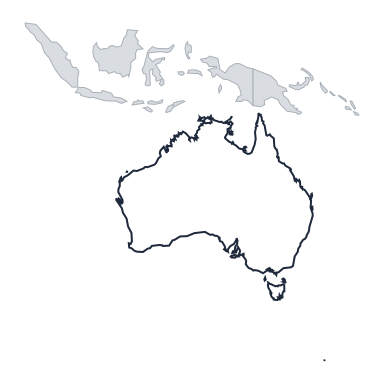 Australia highlighted, Robinson projection
{"feature_id": "AUS", "entity_name": "Australia", "entity_type": "country or territory", "adm_level": 0, "iso_a3": "AUS", "parent_name": "Oceania", "parent_adm1": "", "projection": "robinson", "projection_center": [137.073, -32.4], "detail": "fine", "context": "with_neighbors", "style": "outline", "palette": "slate", "viewbox_px": 384, "rotation_deg": 0, "n_neighbors": 4, "source": "natural_earth", "source_scale": "50m", "svg_char_len": 9963}
<svg xmlns="http://www.w3.org/2000/svg" viewBox="0 0 384 384"><path d="M252.8,68.7L270.7,75.8L276.8,81.5L277.6,84.9L285.9,88.4L287.1,91.3L282.5,92.0L283.6,95.7L288.0,99.4L291.2,105.4L294.0,105.2L293.8,107.7L297.6,108.7L296.1,109.8L301.4,112.1L300.8,113.8L297.5,114.2L296.3,112.7L287.0,111.2L280.4,104.5L277.8,99.6L271.4,97.1L264.1,100.6L264.7,104.7L260.8,106.7L252.9,105.5L252.8,68.7ZM308.8,72.3L312.7,76.5L313.3,79.4L311.7,80.9L309.6,75.4L304.6,71.1L301.0,69.5L302.4,68.1L308.8,72.3ZM304.1,87.0L298.8,89.7L296.1,89.7L289.2,86.5L289.6,84.7L294.1,85.5L296.8,85.1L297.6,82.4L298.3,82.2L298.8,85.2L301.6,84.8L305.8,80.9L305.3,77.5L308.3,77.4L309.3,78.4L309.2,81.5L307.5,84.9L304.9,85.4L304.1,87.0ZM321.3,84.2L327.5,90.9L326.8,92.5L325.4,93.1L323.3,90.9L321.1,87.3L320.1,83.0L320.8,82.5L321.3,84.2Z" fill="#d9dde1" stroke="#a8b0b8" stroke-width="1"/><path d="M252.8,68.7L252.9,105.5L248.5,100.9L243.4,99.7L242.2,101.3L235.9,101.5L238.0,96.9L241.2,95.3L239.9,89.2L237.5,84.5L227.8,79.7L223.7,79.2L216.2,74.0L214.8,76.7L212.8,77.2L211.7,75.2L211.7,72.7L207.9,69.9L213.2,67.9L216.8,68.0L216.4,66.5L209.1,66.5L207.1,63.1L202.6,62.1L200.5,59.3L207.3,57.9L209.8,56.1L217.8,58.4L220.0,69.6L225.2,73.0L229.3,67.0L235.1,63.6L239.5,63.6L247.4,67.6L252.8,68.7ZM173.1,104.2L173.7,107.0L170.5,111.3L166.2,112.5L165.6,111.8L168.2,106.5L173.1,104.2ZM219.0,92.9L218.5,88.7L220.4,84.7L221.5,86.4L221.5,89.1L219.0,92.9ZM137.6,30.6L134.7,35.7L138.4,41.1L137.5,43.7L143.1,48.9L137.1,49.6L135.5,53.4L135.7,58.5L130.9,62.4L130.8,68.0L128.9,76.7L128.2,74.6L122.5,77.2L120.5,73.7L117.0,73.4L114.5,71.6L108.6,73.6L106.7,70.9L99.4,70.6L98.6,63.0L96.1,61.4L93.6,56.6L92.9,51.6L93.5,46.4L96.5,42.7L97.3,46.4L100.7,49.6L104.0,48.5L107.1,48.9L110.1,46.0L112.5,45.5L117.2,47.1L121.2,45.9L123.8,38.1L125.8,36.1L127.5,29.7L137.6,30.6ZM194.8,69.8L200.3,71.5L202.1,75.8L197.9,73.5L187.5,73.2L188.7,70.1L194.8,69.8ZM182.4,75.4L178.9,74.4L178.0,71.9L183.0,71.7L184.3,73.5L182.4,75.4ZM187.6,41.7L188.0,44.8L190.9,45.3L191.4,47.6L191.1,52.5L188.6,52.0L187.8,55.4L189.9,58.4L188.5,59.1L186.4,55.5L185.0,48.3L186.0,43.8L187.6,41.7ZM156.4,48.3L168.4,48.8L173.3,44.7L174.2,46.0L170.2,51.6L166.4,52.7L161.6,51.6L149.0,52.7L148.3,56.9L152.7,61.9L155.4,59.4L164.7,57.5L164.3,60.1L162.1,59.2L160.0,62.6L155.6,64.7L160.3,72.0L159.4,73.9L163.9,80.4L163.9,84.2L161.3,85.8L159.3,83.8L161.7,79.2L156.8,81.4L155.6,79.8L156.2,77.6L152.6,74.3L152.9,68.8L149.6,70.5L150.3,85.2L147.2,86.0L145.0,84.4L146.4,79.2L145.6,73.7L143.5,73.7L142.0,69.8L144.0,66.1L147.2,53.1L148.2,50.8L152.5,46.6L156.4,48.3ZM149.9,111.9L143.3,108.0L147.9,106.9L152.3,110.3L152.0,111.8L149.9,111.9ZM155.0,102.2L158.3,101.8L162.8,99.7L162.1,102.8L154.6,104.4L148.0,103.8L147.9,101.7L151.9,100.5L155.0,102.2ZM139.7,101.2L142.8,100.8L144.0,103.2L132.2,105.0L133.8,101.8L136.6,101.7L137.9,99.7L139.7,101.2ZM90.9,90.3L91.6,92.3L101.2,92.8L102.2,90.5L111.5,93.2L113.4,96.9L120.8,97.9L127.0,101.3L121.3,103.4L115.8,101.1L106.2,100.9L92.1,97.2L90.0,97.9L80.9,95.5L80.0,93.1L75.4,92.7L78.7,87.3L84.8,87.6L90.9,90.3ZM70.1,60.1L71.0,64.1L72.7,67.2L76.4,67.7L78.9,71.3L77.7,78.3L77.6,87.0L72.1,87.2L67.8,82.4L61.3,77.8L55.4,69.8L49.0,57.7L44.6,53.0L41.4,43.7L36.9,40.1L34.3,35.3L30.6,32.1L25.5,25.9L25.1,23.0L36.0,24.4L51.6,42.1L56.6,42.2L60.8,46.1L63.6,50.8L67.4,53.4L65.4,58.0L68.3,60.0L70.1,60.1Z" fill="#d9dde1" stroke="#a8b0b8" stroke-width="1"/><path d="M173.1,104.2L173.6,102.9L177.9,101.6L182.9,100.7L184.8,101.4L173.7,107.0L173.1,104.2Z" fill="#d9dde1" stroke="#a8b0b8" stroke-width="1"/><path d="M357.5,113.2L358.9,115.1L355.4,115.1L353.6,111.6L357.5,113.2ZM355.5,108.2L354.7,109.3L351.1,104.4L350.1,101.0L351.8,101.0L355.5,108.2ZM351.3,109.8L346.3,109.3L345.3,108.4L345.7,106.2L348.9,107.1L351.3,109.8ZM345.4,99.3L346.8,102.2L338.4,95.9L339.1,95.3L345.4,99.3ZM330.1,91.3L335.0,95.5L334.0,95.8L331.9,94.5L329.9,92.2L330.1,91.3Z" fill="#d9dde1" stroke="#a8b0b8" stroke-width="1"/><path d="M263.5,121.5L263.1,123.5L264.6,125.4L266.3,135.0L267.3,135.7L269.8,134.4L270.7,135.8L273.8,138.4L274.4,146.7L276.0,149.3L276.7,149.5L277.7,153.6L277.2,157.2L278.7,158.8L278.9,161.2L282.6,163.5L284.0,163.4L285.5,165.7L290.5,168.6L291.0,169.7L290.1,170.2L293.7,175.9L294.8,180.7L295.4,180.5L296.1,181.4L296.4,179.2L298.9,181.4L299.3,180.3L300.0,181.5L300.3,186.5L301.7,188.3L305.0,190.2L310.0,197.6L310.0,199.1L311.1,200.6L310.6,207.6L312.6,213.5L312.7,215.9L309.5,226.6L308.8,231.5L306.8,235.0L306.3,237.2L304.8,239.0L303.1,239.8L300.4,243.7L300.3,245.6L298.2,248.8L297.8,251.7L294.7,256.4L293.0,265.9L290.9,267.3L283.4,268.2L278.5,272.3L275.5,272.7L276.0,273.6L276.6,273.3L276.3,275.0L275.2,273.4L274.2,273.6L273.5,272.3L271.7,271.6L272.4,270.8L272.2,269.9L271.3,269.9L269.7,271.4L268.6,270.5L269.5,270.5L270.5,269.1L269.5,268.0L267.2,269.3L268.4,269.7L263.1,273.2L258.2,270.7L254.8,270.1L253.4,270.6L251.5,269.0L248.6,268.0L245.8,264.3L246.2,261.0L245.6,259.4L242.1,254.9L243.6,255.1L243.6,253.8L240.0,255.3L238.4,255.1L240.0,251.8L239.9,250.3L238.0,247.0L236.1,252.5L232.3,253.0L232.9,251.2L234.7,251.2L235.2,246.9L237.3,243.6L236.9,241.5L237.6,240.9L236.6,238.0L236.6,239.4L234.0,243.9L230.2,246.2L227.7,249.8L228.0,251.6L227.2,250.9L226.5,251.3L224.0,249.3L224.5,248.8L225.6,249.3L224.5,245.8L222.1,241.8L220.1,241.3L219.1,239.0L219.7,238.9L219.7,237.8L217.0,235.9L214.9,235.8L212.7,234.5L210.1,234.8L205.0,231.9L194.5,233.1L186.9,236.2L180.2,236.4L174.8,239.7L172.4,240.5L169.2,245.6L162.8,246.0L162.3,245.3L159.2,245.0L151.9,245.9L150.1,248.1L147.6,248.7L142.9,252.0L136.5,251.6L134.0,250.5L131.8,248.4L129.2,247.5L128.8,243.3L130.6,244.0L131.9,241.5L131.5,233.0L128.1,226.6L126.6,218.6L122.9,212.6L122.0,208.5L117.6,201.9L118.3,202.2L118.4,201.3L119.7,204.0L120.9,203.7L120.9,202.7L118.5,199.2L118.7,198.6L120.1,199.9L120.2,201.6L120.8,200.9L121.6,202.7L122.1,203.1L122.6,202.5L122.5,200.0L118.3,192.0L118.5,188.8L119.7,186.3L119.8,183.4L119.2,181.9L120.7,177.6L121.1,177.3L121.4,181.0L122.5,180.2L124.0,177.3L127.6,175.4L133.5,170.6L137.0,171.0L143.5,168.4L145.2,166.9L147.5,167.2L154.4,164.7L156.0,163.1L158.4,158.4L160.8,156.3L159.8,153.1L160.3,150.8L163.7,146.8L166.8,153.0L166.8,150.2L168.0,150.7L168.2,149.5L166.3,147.1L166.9,146.7L166.8,145.6L167.4,145.4L168.1,146.5L169.0,145.9L172.6,146.6L170.8,146.0L171.9,143.6L171.2,144.2L170.6,143.0L170.9,141.5L171.5,141.5L172.1,140.3L173.9,141.2L174.0,140.4L173.2,140.5L172.8,139.6L173.8,138.7L175.4,139.4L174.4,137.1L176.4,135.8L176.6,134.5L176.8,136.1L177.6,135.7L178.0,136.6L178.6,135.9L178.7,132.9L179.8,134.0L180.5,133.2L181.3,134.0L182.9,131.6L185.7,133.2L189.4,137.3L188.8,140.6L189.2,140.0L189.7,140.4L189.3,139.0L191.2,137.4L193.6,138.1L194.4,139.6L194.7,138.0L196.5,139.5L196.5,137.9L197.5,137.7L196.3,136.7L196.8,136.2L195.2,135.3L196.8,133.0L197.4,130.7L199.5,129.1L199.0,127.2L200.2,125.7L201.2,125.4L201.3,124.2L202.5,124.9L202.5,123.8L204.6,122.2L205.3,123.3L209.3,122.8L210.1,123.4L210.6,122.5L211.6,122.5L211.4,119.8L207.2,117.8L207.9,117.1L208.8,117.9L209.7,117.4L211.4,119.0L212.8,118.4L213.9,120.1L220.1,122.1L221.6,121.7L223.1,122.9L224.0,123.0L227.5,120.8L226.4,123.0L227.9,122.8L228.3,124.2L229.2,124.2L229.2,122.5L230.6,121.5L232.6,123.7L230.6,126.2L230.8,127.4L230.2,128.7L229.4,128.2L227.5,129.1L227.7,132.7L225.0,137.3L225.2,138.3L229.4,141.9L231.4,142.6L231.8,143.8L232.9,143.7L236.3,145.7L239.0,148.4L242.8,149.4L243.9,151.9L247.8,154.0L250.1,153.5L251.7,152.3L254.6,144.8L255.7,139.0L255.0,131.9L255.8,128.9L255.7,127.1L257.3,125.9L256.0,124.5L256.1,123.8L257.0,121.6L257.4,122.1L258.5,115.8L259.9,114.5L260.7,114.7L260.4,115.4L261.5,116.8L262.0,120.8L263.5,121.5ZM268.2,283.6L270.8,284.1L275.5,286.3L277.3,285.8L277.9,286.3L278.6,285.4L280.7,285.4L283.1,284.2L284.2,284.6L284.4,292.2L283.9,290.8L282.9,292.4L282.3,294.7L282.5,297.5L281.6,297.8L281.0,296.7L281.7,296.2L280.7,295.7L280.1,296.8L279.5,295.4L279.2,297.8L278.1,297.5L278.4,298.1L277.4,300.0L273.7,299.6L273.5,298.7L274.5,298.3L272.9,298.2L271.3,296.2L270.1,292.3L271.3,293.7L271.5,293.0L270.7,291.8L270.3,292.1L270.3,291.1L268.3,287.6L267.9,285.3L268.2,283.6ZM201.2,118.2L204.4,117.2L205.8,118.6L202.9,121.4L200.7,119.6L200.0,117.2L201.2,118.2ZM235.7,255.8L237.2,255.8L238.1,256.5L236.0,256.7L235.0,257.7L231.7,257.5L230.7,256.7L231.2,255.9L234.4,255.0L235.6,255.2L235.7,255.8ZM231.4,132.0L232.3,131.9L231.6,133.5L232.6,134.1L232.3,134.7L229.6,134.3L230.0,132.3L231.2,131.2L231.4,132.0ZM310.8,199.4L310.3,198.3L310.7,196.3L311.6,195.2L311.3,194.1L311.8,193.7L312.2,195.6L310.8,199.4ZM283.5,278.5L284.8,279.7L284.9,280.8L283.9,281.3L282.4,279.1L283.5,278.5ZM199.6,118.0L201.2,120.7L198.4,120.6L199.6,118.0ZM264.7,280.5L264.3,279.3L265.1,277.5L265.7,279.6L264.7,280.5ZM246.2,147.3L244.8,148.1L243.5,148.5L244.2,147.0L245.6,146.6L246.2,147.3ZM117.6,201.1L116.4,199.6L116.3,198.2L117.6,201.1ZM284.9,281.5L285.5,282.2L285.2,282.5L283.4,281.9L284.9,281.5ZM301.2,186.9L302.2,186.9L302.1,188.3L301.2,186.9ZM278.5,157.0L278.8,157.9L278.5,158.4L277.6,157.1L278.5,157.0ZM279.3,298.1L279.4,299.4L278.5,299.0L279.3,298.1ZM312.6,209.0L312.2,210.5L312.1,208.8L312.6,209.0ZM211.0,117.8L210.5,116.3L210.9,115.9L211.2,117.1L211.0,117.8ZM231.6,117.2L230.5,118.6L231.8,116.2L231.6,117.2ZM312.2,208.3L311.9,207.3L312.2,206.7L312.4,206.7L312.2,208.3ZM233.3,143.1L232.6,142.7L232.9,142.1L233.2,142.5L233.3,143.1ZM229.3,131.9L228.5,132.0L229.0,131.2L229.3,131.9ZM127.3,170.7L127.1,171.8L126.8,171.8L127.3,170.7ZM259.0,114.5L258.6,114.8L258.3,114.1L258.7,113.8L259.0,114.5ZM272.2,270.6L271.5,270.9L271.2,270.8L271.3,270.4L272.2,270.6ZM324.6,360.0L324.1,361.0L324.8,359.5L324.6,360.0ZM230.2,119.0L228.8,119.9L230.3,118.8L230.2,119.0ZM174.5,135.7L174.0,136.4L174.3,135.6L174.5,135.7ZM280.0,297.9L279.4,297.5L279.7,297.0L279.9,297.2L280.0,297.9ZM245.5,150.5L244.7,150.5L245.1,150.0L245.5,150.5ZM171.7,140.7L171.3,141.1L171.2,140.2L171.7,140.7ZM270.9,271.1L271.6,271.7L270.5,271.5L270.9,271.1ZM296.0,179.1L295.7,179.1L295.9,178.5L296.0,179.1ZM268.6,282.7L268.4,283.1L268.2,282.5L268.6,282.7Z" fill="none" stroke="#1e293b" stroke-width="2"/></svg>